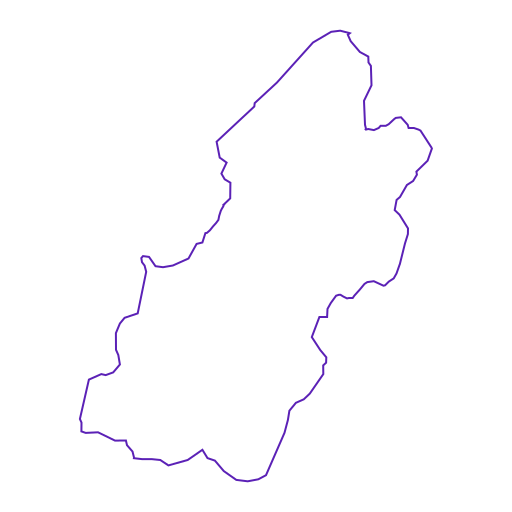 outline of Fria, Fria, Guinea
{"feature_id": "49546643B99930178329351", "entity_name": "Fria", "entity_type": "district", "adm_level": 2, "iso_a3": "GIN", "parent_name": "Guinea", "parent_adm1": "Fria", "projection": "robinson", "projection_center": [-13.565, 10.528], "detail": "fine", "context": "isolated", "style": "outline", "palette": "violet", "viewbox_px": 512, "rotation_deg": 0, "n_neighbors": 0, "source": "geoboundaries", "source_scale": "gbopen_adm2", "svg_char_len": 1944}
<svg xmlns="http://www.w3.org/2000/svg" viewBox="0 0 512 512"><path d="M134.0,458.2L141.8,459.1L151.5,459.1L160.3,460.0L168.4,465.4L187.7,460.0L202.4,449.8L207.5,458.1L214.9,460.6L223.8,471.1L236.3,479.9L247.7,481.3L258.3,479.3L266.0,475.2L284.5,432.8L287.9,420.0L289.4,410.7L295.9,402.8L303.8,399.3L309.8,393.6L323.3,374.1L323.2,365.4L326.1,362.7L326.3,357.3L320.3,350.1L311.8,337.1L319.4,317.0L327.1,317.0L327.5,308.9L330.8,303.0L336.1,295.7L338.9,294.8L340.5,294.8L343.4,296.6L347.0,298.4L349.0,298.0L352.7,298.0L354.3,295.7L359.6,289.8L364.5,283.9L367.3,282.1L373.8,281.2L383.5,285.7L385.1,285.3L388.8,281.6L393.7,278.4L396.5,273.5L399.6,264.7L399.8,264.3L405.0,243.4L407.9,234.1L408.0,228.4L399.5,214.7L394.7,210.1L396.6,199.9L400.0,197.0L406.9,185.0L413.1,181.0L416.9,174.7L416.4,171.6L427.6,160.7L432.1,147.9L432.0,148.2L431.9,148.2L420.5,130.6L418.6,129.6L413.9,128.0L408.6,128.0L407.7,124.8L401.0,117.3L395.8,117.9L394.4,118.9L392.0,121.1L388.7,124.2L385.8,125.8L380.6,125.8L378.7,128.0L373.9,130.1L368.2,129.0L365.9,129.6L365.6,129.3L366.0,128.8L365.0,124.8L364.0,100.8L371.5,85.3L370.9,65.9L368.5,62.5L368.3,56.6L359.9,52.0L350.7,41.2L347.8,34.7L349.8,33.2L349.2,33.0L340.2,30.7L331.2,31.8L313.0,42.5L276.9,82.6L254.7,103.1L254.3,106.5L216.6,141.7L219.7,157.6L226.6,162.6L221.4,173.6L224.7,179.3L230.4,182.7L230.2,198.4L223.6,204.7L223.8,204.8L223.7,204.9L223.3,206.3L221.7,209.0L220.8,210.8L219.2,215.8L218.4,219.9L216.0,223.1L213.1,226.3L209.9,230.3L206.9,232.9L205.4,233.1L202.4,242.5L196.6,243.9L188.5,258.5L172.9,265.5L163.0,267.2L155.5,266.2L149.0,256.9L143.0,256.1L141.3,258.1L142.0,262.2L144.6,265.6L146.2,271.8L137.7,313.4L124.6,317.8L119.9,323.5L115.9,333.1L116.0,349.8L118.3,355.0L119.9,364.5L113.2,372.4L105.7,375.1L101.3,374.1L88.9,379.6L79.9,419.0L81.5,422.6L81.4,431.4L85.7,432.9L98.0,432.3L115.0,440.6L125.9,440.5L127.0,445.2L132.5,451.5L134.1,457.9L134.0,458.2Z" fill="none" stroke="#5b21b6" stroke-width="2"/></svg>